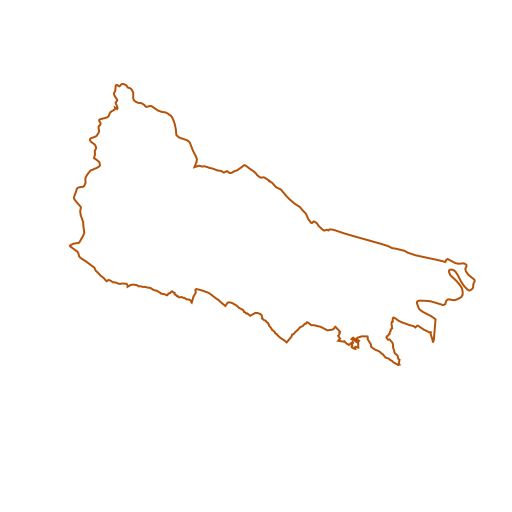 Chaloem Phra Kiat, Saraburi, Thailand (Equal Earth projection), rotated 299°
{"feature_id": "78962969B71448871190318", "entity_name": "Chaloem Phra Kiat", "entity_type": "district", "adm_level": 2, "iso_a3": "THA", "parent_name": "Thailand", "parent_adm1": "Saraburi", "projection": "equal_earth", "projection_center": [100.901, 14.65], "detail": "fine", "context": "isolated", "style": "outline", "palette": "amber", "viewbox_px": 512, "rotation_deg": 299, "n_neighbors": 0, "source": "geoboundaries", "source_scale": "gbopen_adm2", "svg_char_len": 6055}
<svg xmlns="http://www.w3.org/2000/svg" viewBox="0 0 512 512"><g transform="rotate(299 256 256)"><path d="M346.4,433.0L346.3,425.0L344.2,424.2L342.6,424.5L340.8,417.7L334.0,395.3L332.5,387.3L332.5,383.2L330.1,374.4L328.9,371.3L328.7,366.6L327.1,358.8L321.4,334.9L318.5,322.0L316.8,312.6L316.1,310.0L315.1,307.7L314.5,307.2L313.5,307.0L313.2,305.1L311.4,303.5L311.2,303.0L311.5,300.4L312.1,298.8L312.4,296.7L314.2,293.3L314.4,290.8L314.2,289.7L312.0,289.0L311.7,287.7L312.4,286.8L313.5,284.0L316.9,279.6L317.5,278.3L318.5,274.7L320.1,270.7L320.5,264.5L321.9,257.6L323.5,252.5L326.2,245.6L325.9,240.1L327.9,234.5L327.8,231.3L328.3,231.2L328.7,225.3L328.5,224.5L326.9,222.3L326.8,220.7L327.3,217.7L328.3,215.7L328.9,212.9L329.4,207.4L329.8,205.4L330.0,202.3L329.8,201.7L321.8,198.0L319.7,196.0L317.0,194.4L315.9,193.1L315.8,192.5L316.2,189.5L313.3,187.4L313.5,184.3L312.2,180.9L311.4,175.5L310.5,172.7L310.2,170.4L309.5,167.4L308.0,165.4L307.8,163.9L307.2,162.3L303.9,159.1L309.3,158.4L311.8,157.5L313.6,155.7L317.4,150.0L323.2,143.0L323.8,140.9L323.7,138.9L322.4,131.6L322.6,129.8L323.2,127.7L327.6,124.7L331.8,121.2L335.2,117.4L336.9,114.9L337.4,113.5L337.6,112.2L337.4,111.3L337.8,110.4L337.7,107.2L336.4,103.9L335.7,99.7L336.4,92.1L335.8,90.5L333.5,88.2L333.2,87.5L333.2,86.7L334.0,85.1L334.1,82.0L333.8,80.7L332.8,78.7L332.6,75.4L332.9,74.1L334.4,72.1L339.3,69.5L341.0,67.1L341.5,65.8L341.7,64.7L341.2,62.2L342.2,60.2L342.4,59.4L342.1,56.4L341.2,55.3L340.3,54.8L339.0,54.6L338.1,54.2L337.9,53.1L338.3,52.4L338.3,51.5L337.4,50.8L336.7,50.8L332.4,52.8L329.2,52.9L327.7,54.4L325.3,58.9L324.4,59.2L322.4,58.8L321.8,59.1L319.1,62.4L318.1,63.2L317.2,63.3L317.4,60.7L316.9,61.1L315.6,61.4L311.9,59.2L310.4,58.9L307.1,59.3L305.9,59.0L304.8,58.4L299.8,53.2L299.1,52.9L298.3,53.2L296.9,55.5L296.3,56.0L295.0,56.1L293.4,55.6L292.4,55.7L289.2,58.2L287.1,58.6L283.7,58.3L282.2,57.4L278.7,54.3L278.1,54.2L276.8,54.7L276.3,55.5L275.9,56.3L275.3,60.9L274.7,62.0L273.0,63.9L269.7,64.1L266.6,66.0L263.0,66.9L262.9,69.6L262.2,73.5L259.9,75.4L259.0,75.6L258.0,75.3L255.4,73.7L250.5,69.8L245.8,69.0L243.0,68.9L241.3,69.1L240.2,69.6L237.6,71.4L233.9,71.8L232.4,71.0L231.5,69.4L229.7,67.4L228.8,66.8L227.6,66.8L225.0,67.4L220.3,68.0L218.4,68.7L217.4,69.9L216.6,71.8L214.0,78.8L213.4,79.4L210.0,80.5L206.6,83.0L202.0,88.3L197.9,90.9L193.1,94.6L189.7,95.0L182.4,94.9L181.6,94.6L180.8,93.7L178.2,90.3L175.3,88.4L174.5,88.4L174.3,88.8L173.2,97.7L172.3,99.3L170.0,101.4L169.3,103.1L168.8,110.1L167.4,120.4L165.4,122.9L164.8,125.8L163.5,129.5L163.0,133.0L161.5,137.6L163.6,138.7L163.9,140.6L163.7,143.7L164.9,146.5L165.1,149.2L165.7,150.7L167.1,152.3L168.9,156.2L168.7,157.0L167.9,158.0L166.8,158.6L169.8,160.4L171.5,162.5L172.7,165.7L172.6,168.2L173.6,169.7L174.0,171.7L175.0,173.6L176.1,177.2L176.9,179.1L176.6,183.0L177.4,185.6L177.5,187.3L177.4,190.2L177.0,190.8L178.3,194.9L178.4,197.2L178.8,197.5L180.9,197.6L181.7,198.9L183.6,199.1L184.5,199.9L184.1,201.2L184.4,202.3L184.3,202.8L183.3,203.1L183.0,203.5L183.1,205.1L182.6,205.9L183.0,206.6L182.6,207.1L182.8,208.0L182.5,208.6L182.6,209.0L184.1,211.0L184.1,212.4L184.6,213.7L184.4,216.3L185.3,218.1L185.5,219.3L185.4,220.7L184.2,221.8L184.0,222.4L190.3,221.0L194.6,221.1L195.2,220.9L196.7,219.5L197.7,219.6L198.1,219.8L198.4,220.5L199.6,225.0L200.7,231.7L200.7,233.9L199.3,243.2L199.5,243.9L198.5,247.8L197.4,253.4L201.3,253.8L201.9,254.2L202.6,255.4L203.0,256.5L203.3,258.1L203.3,262.1L202.9,264.9L202.4,266.0L202.5,271.2L201.2,272.6L201.5,273.7L201.0,275.5L201.5,275.9L201.5,276.5L200.9,279.9L205.9,283.0L206.9,285.0L207.4,288.0L207.0,289.4L206.5,290.1L205.2,291.3L204.3,291.5L203.8,294.5L204.1,295.8L203.2,297.6L203.3,298.8L202.7,299.5L202.1,300.9L201.3,301.3L200.7,303.3L199.2,306.0L199.0,307.6L198.6,309.3L197.7,310.1L197.9,311.8L197.4,312.3L196.2,317.0L195.9,321.8L195.3,324.7L202.5,326.1L204.8,325.7L205.0,326.2L206.5,326.9L208.0,327.1L212.9,328.7L215.2,329.1L217.2,330.8L220.2,331.5L221.3,332.7L222.7,332.6L223.0,333.9L222.3,337.9L223.6,340.3L225.4,346.9L225.6,354.5L228.7,358.6L230.4,359.5L231.8,359.4L232.6,359.7L230.6,366.0L229.6,365.9L229.4,366.7L226.6,366.8L226.0,366.6L224.5,369.6L221.7,369.0L223.5,374.0L224.3,374.5L223.3,377.6L223.3,380.4L227.7,382.2L227.0,383.0L225.5,382.8L224.3,383.1L224.2,383.7L222.9,383.6L222.5,384.5L222.8,385.1L222.4,386.0L222.9,387.9L224.0,386.9L224.8,386.9L225.4,389.9L229.3,387.6L229.6,384.3L230.1,382.4L229.5,380.9L229.6,379.8L231.6,380.5L230.7,387.0L231.7,387.3L232.2,383.8L233.9,384.5L237.1,387.6L239.7,392.5L238.8,393.4L237.5,393.8L234.3,399.5L232.7,400.3L232.4,400.8L232.0,403.3L231.9,406.1L232.2,408.8L232.2,411.2L231.8,411.8L231.5,414.7L230.0,418.5L230.6,422.1L230.2,423.2L230.2,425.6L229.6,428.2L229.6,433.2L230.5,434.1L230.8,433.0L231.7,433.1L233.3,432.2L234.8,431.9L235.1,430.3L237.6,427.9L238.3,424.3L240.3,422.6L242.9,419.8L244.1,419.4L246.2,417.6L247.7,413.6L247.7,413.0L246.8,412.2L246.8,411.8L248.1,409.4L249.8,409.6L250.7,410.3L252.2,410.1L252.8,410.6L254.4,409.9L255.6,410.2L257.0,409.4L258.7,410.2L262.5,407.3L264.3,406.8L265.0,407.5L266.2,406.6L268.1,405.8L268.8,406.1L269.0,408.5L268.5,412.0L268.7,415.8L270.2,424.8L271.1,427.8L270.7,430.0L273.2,430.8L273.6,431.6L272.9,438.6L273.1,439.6L273.2,444.3L274.0,446.0L272.7,446.3L267.8,451.5L266.0,452.6L268.6,452.3L287.7,443.7L288.3,438.3L288.0,428.8L288.5,425.2L289.3,423.6L292.7,419.7L293.7,419.1L294.3,419.1L295.6,419.9L296.4,420.9L300.1,428.3L301.2,431.3L303.8,443.3L304.2,443.9L305.5,444.8L309.0,444.1L310.9,444.8L311.9,446.4L312.9,449.7L313.7,451.2L316.0,453.2L319.4,455.4L321.8,455.6L324.3,454.5L326.8,452.5L328.0,451.2L329.0,449.3L331.3,443.7L333.4,435.4L334.8,433.4L336.1,432.2L337.0,431.9L338.0,432.3L339.0,433.8L339.3,434.7L339.3,436.7L338.9,438.3L337.2,441.6L333.0,447.8L331.7,450.2L330.3,453.4L329.1,457.6L329.1,459.0L329.6,459.8L331.3,460.8L333.1,461.2L333.9,461.1L336.7,459.7L339.7,459.5L340.9,458.9L341.3,457.8L342.4,451.4L343.1,449.5L344.5,446.9L346.2,445.3L349.2,445.1L350.2,444.3L350.5,442.8L350.2,441.1L347.5,437.0L346.6,434.6L346.4,433.0Z" fill="none" stroke="#b45309" stroke-width="2"/></g></svg>